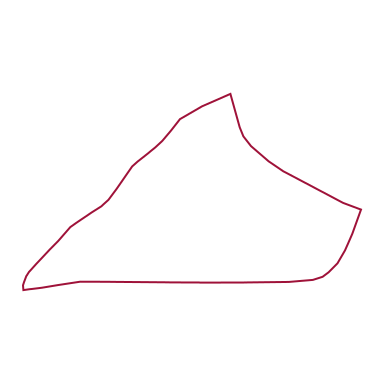 Quan 4, Hồ Chí Minh city, Vietnam
{"feature_id": "81297802B29563104023098", "entity_name": "Quan 4", "entity_type": "district", "adm_level": 2, "iso_a3": "VNM", "parent_name": "Vietnam", "parent_adm1": "Hồ Chí Minh city", "projection": "natural_earth1", "projection_center": [106.703, 10.761], "detail": "fine", "context": "isolated", "style": "outline", "palette": "rose", "viewbox_px": 384, "rotation_deg": 0, "n_neighbors": 0, "source": "geoboundaries", "source_scale": "gbopen_adm2", "svg_char_len": 1027}
<svg xmlns="http://www.w3.org/2000/svg" viewBox="0 0 384 384"><path d="M29.8,271.1L29.1,271.8L27.3,274.6L27.1,275.0L26.3,276.1L24.0,282.2L23.0,285.3L23.4,290.1L29.6,289.2L31.7,289.0L38.2,288.2L42.1,287.7L57.8,285.1L80.2,281.7L110.0,281.8L110.8,281.9L115.6,281.9L165.2,282.3L171.3,282.4L199.2,282.5L200.2,282.6L208.6,282.6L244.0,282.5L248.8,282.4L249.9,282.4L284.2,282.0L284.8,282.0L285.1,282.0L289.3,281.9L302.2,280.8L308.2,280.3L312.9,279.9L322.6,276.8L328.6,272.3L337.5,263.3L345.0,250.4L347.3,245.2L347.9,243.9L349.2,240.9L349.3,240.7L352.3,233.8L361.0,209.6L343.1,202.9L339.5,201.0L286.8,173.1L283.3,171.3L277.6,167.4L268.6,161.3L251.0,146.1L243.4,136.4L239.7,127.3L230.4,93.9L202.1,106.3L180.0,119.1L171.0,130.6L162.3,140.9L155.3,147.4L150.6,151.2L149.9,151.8L148.0,153.4L137.7,161.5L132.2,166.4L125.8,175.6L122.5,180.4L116.6,188.9L108.4,199.9L103.4,204.4L101.4,206.3L91.6,212.5L82.6,218.6L80.8,219.8L75.8,223.2L70.3,227.1L58.2,241.0L49.7,249.6L36.0,264.2L29.8,271.1Z" fill="none" stroke="#9f1239" stroke-width="2"/></svg>